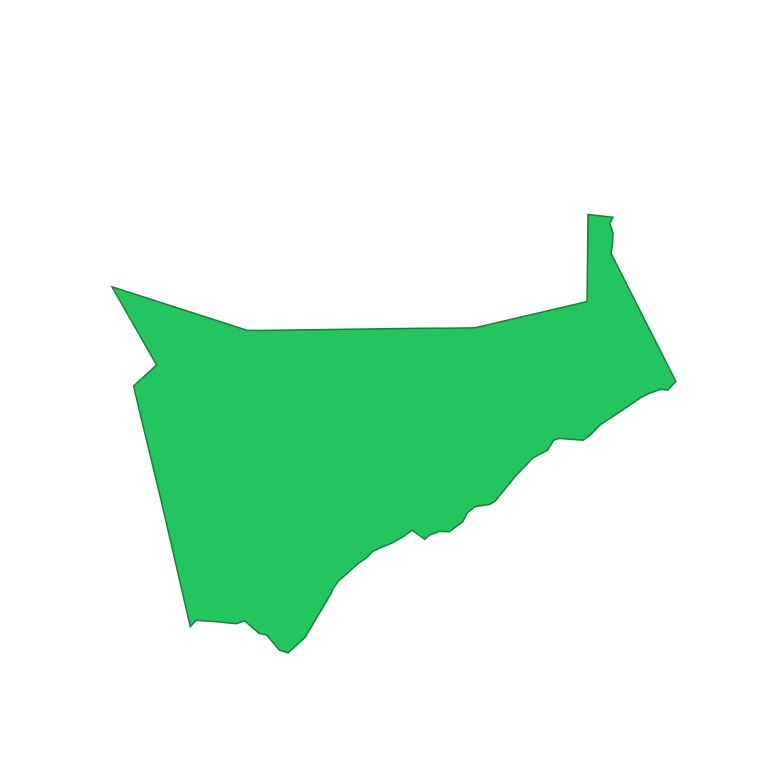 Livramento, Paraíba, Brazil (Equal Earth projection), rotated 335°
{"feature_id": "56859067B46925638575127", "entity_name": "Livramento", "entity_type": "district", "adm_level": 2, "iso_a3": "BRA", "parent_name": "Brazil", "parent_adm1": "Paraíba", "projection": "equal_earth", "projection_center": [-36.91, -7.327], "detail": "fine", "context": "isolated", "style": "filled", "palette": "green", "viewbox_px": 768, "rotation_deg": 335, "n_neighbors": 0, "source": "geoboundaries", "source_scale": "gbopen_adm2", "svg_char_len": 951}
<svg xmlns="http://www.w3.org/2000/svg" viewBox="0 0 768 768"><g transform="rotate(335 384 384)"><path d="M105.9,522.1L113.8,518.7L130.4,527.9L148.9,538.9L157.5,539.7L165.5,557.5L171.5,561.7L176.7,580.9L183.4,587.1L205.3,580.4L247.2,551.7L251.8,547.7L259.2,543.4L285.1,535.7L294.5,534.1L302.9,531.1L310.4,530.8L316.2,531.2L324.8,531.6L337.4,530.3L347.7,528.4L355.3,542.0L361.4,540.2L371.9,541.0L380.7,545.5L397.4,542.0L404.8,536.0L414.8,533.6L428.6,537.8L435.6,537.0L464.0,523.1L487.8,513.9L504.3,513.1L514.1,506.6L519.8,507.4L540.9,519.2L549.8,517.3L555.6,515.1L562.9,512.3L603.6,506.1L609.9,505.0L618.8,504.5L632.1,505.6L638.7,509.4L649.6,505.0L645.0,361.4L650.2,353.9L655.5,343.6L656.4,333.9L662.1,329.7L640.5,316.6L602.9,395.1L489.9,371.4L462.1,358.9L456.1,356.0L431.7,344.9L295.7,283.7L289.4,280.8L282.6,277.5L178.5,180.9L185.9,270.6L156.2,280.0L152.8,296.1L132.7,395.9L105.9,522.1Z" fill="#22c55e" stroke="#15803d" stroke-width="1.5"/></g></svg>